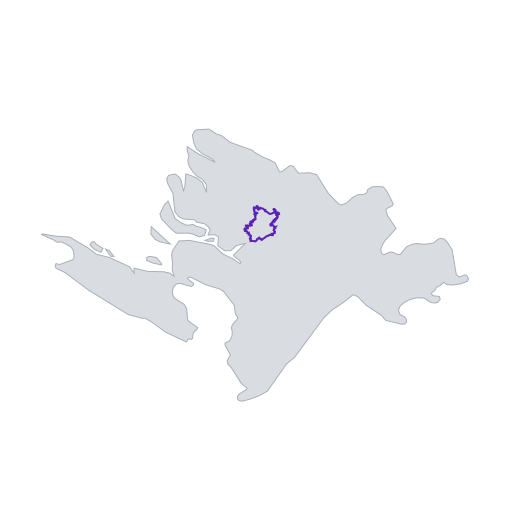 Faridpur, Dhaka, Bangladesh shown in context, rotated 128°
{"feature_id": "16705992B67131385183639", "entity_name": "Faridpur", "entity_type": "district", "adm_level": 2, "iso_a3": "BGD", "parent_name": "Bangladesh", "parent_adm1": "Dhaka", "projection": "mercator", "projection_center": [89.785, 23.466], "detail": "fine", "context": "in_parent", "style": "outline", "palette": "violet", "viewbox_px": 512, "rotation_deg": 128, "n_neighbors": 0, "source": "geoboundaries", "source_scale": "gbopen_adm2", "svg_char_len": 9039}
<svg xmlns="http://www.w3.org/2000/svg" viewBox="0 0 512 512"><g transform="rotate(128 256 256)"><path d="M182.4,357.4L182.3,346.1L174.9,323.8L175.2,321.4L173.7,310.6L171.8,304.6L170.8,298.2L175.3,289.1L173.5,287.6L163.6,284.8L162.4,282.4L164.5,273.4L157.3,264.8L154.5,258.4L162.1,237.7L164.1,223.3L163.5,220.5L158.8,217.3L150.5,216.0L144.7,213.3L141.3,209.2L138.4,207.6L134.8,208.8L130.2,207.2L126.4,203.1L123.2,198.2L124.4,192.8L130.4,180.0L132.7,179.6L137.9,182.1L139.9,182.1L143.3,177.0L148.1,162.5L164.9,163.8L168.9,163.3L173.1,162.2L175.4,160.3L176.7,158.0L176.2,156.0L171.1,153.3L169.1,151.3L167.7,145.5L166.1,143.3L156.0,143.0L150.8,140.3L147.9,137.9L142.7,130.0L136.4,124.1L130.3,122.7L127.9,120.8L126.7,117.8L127.4,113.5L130.5,105.1L147.2,86.9L147.6,84.9L147.0,82.6L142.1,79.6L141.7,78.2L143.1,74.4L145.9,73.9L151.7,77.4L157.6,83.0L161.0,88.0L161.2,91.9L165.7,92.7L169.5,94.5L173.5,93.9L176.0,94.9L177.8,94.6L178.4,92.3L175.1,86.6L176.7,84.2L180.5,84.3L183.3,86.4L185.3,90.9L185.7,97.7L190.2,103.9L196.1,108.2L200.8,110.3L206.4,111.7L211.2,110.3L213.6,106.0L212.5,102.2L213.2,98.7L215.2,96.8L218.1,96.9L220.4,99.7L226.9,114.4L225.6,120.9L227.0,138.8L225.4,150.6L226.4,155.1L227.5,155.9L237.3,158.1L251.6,162.8L262.4,164.5L311.7,163.2L322.4,165.5L355.3,163.8L364.2,167.5L374.0,173.6L379.4,178.1L380.4,180.7L379.8,182.9L378.0,184.1L374.6,184.2L366.9,181.2L365.6,182.1L365.5,189.1L359.2,206.7L358.3,212.1L356.1,214.2L349.6,215.4L345.3,225.6L343.6,226.8L339.3,224.6L336.7,225.0L333.3,225.9L330.0,228.3L327.7,231.2L325.1,232.2L315.9,232.0L314.2,236.7L308.2,242.9L304.0,259.3L304.3,264.3L309.4,277.3L312.9,294.2L314.3,296.0L316.0,296.1L316.1,288.4L317.8,287.4L319.9,288.2L324.2,298.7L326.7,301.3L330.5,302.1L334.8,300.5L338.1,297.4L339.4,294.1L338.3,282.8L340.3,278.1L347.8,271.2L348.8,269.1L348.4,257.7L351.2,257.3L355.0,258.2L359.8,255.5L361.2,255.4L363.2,258.4L366.6,257.9L371.7,280.5L372.1,296.4L373.3,305.2L375.1,307.2L380.8,320.5L386.0,366.9L386.6,396.3L388.8,406.2L387.0,408.5L385.2,408.9L383.5,405.4L371.5,398.0L368.6,398.7L364.4,403.0L362.8,407.0L363.5,412.7L364.8,418.2L367.7,421.4L367.9,424.9L371.1,438.0L370.2,438.1L363.7,426.1L355.7,414.4L353.1,393.2L352.9,382.8L347.4,370.5L342.3,349.0L344.6,341.4L340.7,344.7L334.7,331.7L325.3,319.1L322.6,313.5L322.5,308.0L318.4,313.5L312.9,317.4L307.2,323.2L303.5,324.9L291.6,326.0L284.8,318.2L275.0,299.2L273.6,294.9L274.9,283.7L272.6,273.0L271.9,263.7L270.2,264.5L269.5,267.1L269.9,271.0L269.2,274.3L252.6,272.2L259.7,277.8L267.3,279.1L271.2,284.1L271.4,292.4L264.0,297.4L264.6,301.6L269.0,306.7L263.7,308.2L262.3,311.5L262.2,316.3L265.9,323.6L265.2,326.5L271.5,336.0L272.6,340.6L271.1,347.1L257.6,360.2L253.7,369.4L250.4,373.8L246.3,374.6L241.2,370.2L241.2,365.7L242.2,362.1L249.2,353.4L245.4,354.6L234.5,361.8L232.4,356.0L231.0,350.6L231.0,344.0L236.3,334.1L230.3,339.1L228.7,345.2L229.4,352.4L228.6,357.5L226.3,364.2L223.1,368.2L218.0,370.8L215.7,374.7L212.2,377.6L211.0,364.2L207.3,346.0L206.5,349.9L208.4,361.2L208.3,368.5L205.5,374.3L199.9,380.5L195.5,381.4L193.0,380.4L184.9,371.1L184.2,362.3L182.4,357.4ZM282.0,357.6L271.9,359.8L266.8,359.1L276.3,342.8L276.0,335.5L274.5,329.5L269.7,324.7L269.4,321.3L267.2,316.6L266.1,311.1L271.5,309.3L275.9,312.5L277.4,318.7L279.6,323.4L287.2,333.0L287.0,338.9L285.0,353.2L282.0,357.6ZM303.5,352.3L297.4,356.6L299.4,330.8L303.9,340.4L305.0,345.6L303.5,352.3ZM326.9,339.4L324.2,341.2L321.7,339.6L318.5,333.6L320.1,325.9L321.1,324.8L324.9,332.6L326.9,339.4ZM349.5,393.7L346.0,394.0L344.3,392.2L345.1,389.6L344.2,381.3L348.6,380.4L350.2,387.4L349.5,393.7ZM345.7,370.4L343.1,378.7L342.0,375.0L343.8,367.7L345.7,370.4ZM274.1,303.1L275.1,305.8L269.5,302.3L268.0,299.8L270.5,298.6L274.1,303.1Z" fill="#d9dde1" stroke="#a8b0b8" stroke-width="1"/><path d="M237.6,260.9L236.8,260.5L235.7,260.3L233.5,259.7L233.2,259.5L233.0,259.2L232.6,258.8L231.9,258.6L231.2,258.5L230.7,257.8L229.3,255.6L228.6,255.9L228.1,256.0L228.2,256.3L228.2,256.5L228.3,256.7L228.3,256.8L227.9,256.4L227.9,256.2L227.6,256.2L226.7,255.9L226.4,255.4L225.3,256.0L225.1,256.1L225.2,256.3L225.1,257.4L225.1,257.5L225.0,257.9L224.7,257.9L224.1,258.1L223.5,258.0L223.3,258.2L223.1,258.2L223.0,258.4L223.0,258.9L222.6,258.9L222.0,258.9L221.8,258.4L221.7,258.2L221.4,258.5L221.0,258.5L221.5,258.9L221.4,259.0L221.6,259.6L221.5,260.3L221.6,260.6L221.6,260.8L221.3,261.2L221.4,261.3L221.5,261.7L221.5,261.9L221.9,262.2L222.6,262.7L222.9,263.0L223.0,263.3L222.9,263.6L222.2,263.8L222.3,263.9L222.2,264.2L221.7,264.3L221.4,264.2L220.9,263.9L220.8,263.6L220.9,263.4L220.5,263.3L220.5,263.6L220.6,263.8L220.2,263.7L219.9,263.9L219.7,263.7L219.3,263.8L218.9,264.0L218.5,264.1L218.3,264.1L218.2,264.0L218.1,263.8L218.2,263.4L218.1,263.2L218.0,262.6L217.9,262.6L217.3,262.5L217.2,262.5L217.0,262.8L216.9,263.1L216.7,263.7L216.5,263.8L216.4,263.7L216.4,263.8L216.2,263.7L216.0,263.8L215.9,263.7L215.9,263.8L215.6,263.8L215.6,263.6L215.4,263.6L215.4,263.8L215.2,263.8L215.0,263.7L214.7,263.6L214.6,263.4L214.3,263.4L214.2,263.0L214.0,262.7L213.9,262.6L213.7,262.6L213.7,262.8L214.0,263.1L214.0,263.3L213.7,263.4L213.5,263.5L213.3,263.5L212.8,263.2L212.5,262.8L211.9,262.9L211.9,263.0L212.0,263.1L212.0,263.4L211.9,263.5L211.5,263.6L211.1,263.7L211.0,263.9L211.1,264.2L210.7,264.6L210.8,264.8L210.7,264.8L210.8,264.9L210.9,265.0L211.2,264.9L211.3,264.9L211.3,265.2L211.0,265.6L210.8,265.6L210.7,265.5L210.7,265.1L210.4,265.0L210.3,264.9L210.2,265.0L210.0,264.9L209.9,264.6L209.7,264.4L209.4,264.2L209.5,263.9L209.1,263.9L208.8,263.7L208.6,264.1L208.1,264.4L208.3,264.9L208.2,265.5L208.3,265.8L208.7,266.1L209.6,266.2L210.3,266.9L210.4,267.1L210.3,267.4L210.2,267.6L209.6,267.5L209.4,267.5L208.7,267.8L208.3,268.2L207.8,269.0L207.7,269.4L207.7,270.5L207.9,270.9L208.1,271.0L208.3,270.9L208.5,270.9L208.8,269.8L208.7,269.1L208.9,268.8L209.3,268.6L209.8,268.6L210.9,268.9L212.5,269.5L214.1,270.7L214.4,271.2L214.5,271.7L214.4,272.5L214.5,273.5L214.4,274.4L214.5,274.9L215.0,275.9L215.1,276.5L214.9,276.8L214.4,276.8L214.0,277.0L214.5,277.6L214.5,278.3L214.3,279.0L214.3,279.5L214.4,279.8L214.6,280.0L215.0,280.9L215.3,281.4L215.8,281.7L216.7,282.1L216.3,282.2L216.0,282.1L215.7,281.9L215.3,281.5L215.1,281.7L215.1,281.9L215.4,282.3L215.9,282.6L216.7,282.6L217.3,282.7L217.8,283.0L218.0,283.3L217.8,283.4L217.4,283.4L216.9,283.7L216.2,284.4L215.9,285.2L216.0,285.9L216.1,286.1L216.3,286.2L216.5,286.2L216.8,286.1L217.2,285.7L217.7,285.6L217.7,285.4L217.8,285.4L217.8,285.5L218.1,285.5L218.3,285.7L219.1,286.7L219.1,287.0L218.9,287.5L219.1,287.6L219.7,287.2L220.2,286.5L220.7,286.3L220.8,286.1L220.7,285.7L221.3,285.5L221.6,285.3L221.7,285.1L221.6,284.8L221.6,284.7L222.2,284.4L222.4,283.9L222.8,283.5L222.4,282.9L221.9,282.7L221.7,282.5L221.8,282.3L221.7,282.1L221.9,282.1L221.5,281.8L221.5,281.7L222.1,282.0L222.3,282.2L222.2,282.3L222.2,282.5L222.3,282.6L222.6,282.5L222.6,282.3L222.5,282.2L222.6,281.9L222.8,281.9L222.8,282.1L223.0,282.3L223.2,282.5L223.5,282.6L223.4,282.3L223.6,282.4L223.8,282.2L223.7,282.2L223.8,282.1L223.7,282.0L223.8,282.0L223.9,281.8L224.1,281.8L224.3,282.1L224.4,281.7L224.5,281.8L224.6,281.6L224.5,281.4L224.4,281.4L224.9,281.1L225.0,281.1L225.3,281.2L225.6,280.8L225.9,280.3L226.5,279.9L227.0,279.1L227.3,279.1L227.5,279.6L227.9,280.0L228.1,279.9L228.3,279.6L228.5,279.4L229.0,279.4L229.2,279.5L229.3,279.7L229.3,280.1L229.7,280.6L229.8,280.6L229.9,280.1L230.4,279.7L231.2,279.3L231.6,279.3L231.8,279.6L232.1,279.7L232.3,279.9L232.3,280.0L232.0,280.3L231.8,280.7L231.7,281.0L232.1,281.4L232.5,281.5L232.8,281.3L232.8,280.9L233.1,280.6L234.0,280.6L234.3,280.7L234.5,280.3L234.8,280.1L235.0,279.7L234.6,279.4L234.5,279.2L234.4,279.5L234.2,279.5L234.1,279.4L234.1,278.8L234.2,278.3L234.3,278.2L234.5,278.2L234.7,278.5L235.5,278.9L235.8,279.3L235.9,279.9L236.0,279.9L236.3,280.1L236.6,280.4L237.2,280.4L237.7,280.6L238.0,280.4L238.2,280.8L237.9,281.2L237.5,281.5L237.3,281.7L237.9,282.2L238.2,282.8L238.4,282.8L238.5,282.6L238.6,282.2L238.6,281.7L238.8,281.3L239.0,281.0L238.9,280.9L239.0,280.0L238.9,279.6L239.1,279.4L239.4,279.5L239.5,279.7L239.5,279.8L239.7,280.1L240.0,280.3L240.7,281.0L241.0,281.6L241.5,281.4L241.6,281.5L241.7,281.4L241.7,281.5L242.0,281.6L242.4,281.2L242.5,280.6L242.4,280.6L242.4,280.3L242.6,280.3L242.6,280.0L242.8,280.0L243.0,279.9L242.8,279.6L242.8,279.4L242.5,279.3L242.4,278.9L242.1,279.0L242.1,278.9L242.3,278.1L242.2,277.8L242.5,277.2L242.7,276.9L243.0,276.8L242.9,276.7L242.6,276.6L242.6,276.2L242.7,275.7L243.6,275.0L243.5,274.9L243.0,274.8L242.7,274.9L243.0,274.4L243.1,274.2L243.5,273.7L243.4,273.5L243.5,273.3L243.4,273.3L243.3,273.1L243.2,272.8L243.2,272.7L243.3,272.7L243.4,272.3L243.5,272.1L244.2,272.0L244.9,271.6L245.3,271.0L245.9,271.5L246.0,271.6L246.4,271.1L246.6,270.0L247.0,270.1L247.6,269.5L246.5,268.4L245.6,266.8L245.0,266.0L244.9,265.5L244.6,265.3L243.7,265.3L243.0,265.1L242.3,265.3L242.0,265.5L241.6,265.5L241.4,265.3L240.4,264.9L239.8,264.8L240.3,264.1L239.6,263.4L239.5,263.2L239.4,262.5L239.9,262.3L239.8,262.0L239.6,261.7L239.7,261.3L238.9,261.2L237.6,260.9Z" fill="none" stroke="#5b21b6" stroke-width="2"/></g></svg>